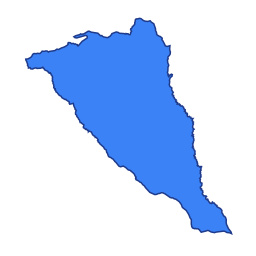 Brezoi, Vâlcea, Romania (Mercator projection), rotated 178°
{"feature_id": "2599482B31107068375666", "entity_name": "Brezoi", "entity_type": "district", "adm_level": 2, "iso_a3": "ROU", "parent_name": "Romania", "parent_adm1": "Vâlcea", "projection": "mercator", "projection_center": [24.205, 45.404], "detail": "fine", "context": "isolated", "style": "filled", "palette": "blue", "viewbox_px": 256, "rotation_deg": 178, "n_neighbors": 0, "source": "geoboundaries", "source_scale": "gbopen_adm2", "svg_char_len": 5740}
<svg xmlns="http://www.w3.org/2000/svg" viewBox="0 0 256 256"><g transform="rotate(178 128 128)"><path d="M211.1,207.8L212.2,206.5L213.5,205.5L216.1,205.8L216.9,205.5L219.5,205.7L220.7,204.9L221.8,202.8L223.0,201.8L225.7,200.5L227.8,200.4L227.6,199.1L226.8,197.8L226.7,196.9L226.0,195.2L226.3,194.2L225.4,192.6L225.4,191.4L223.7,191.7L223.1,190.5L221.2,190.3L219.8,191.0L217.7,191.3L216.9,190.7L213.1,190.8L211.0,191.7L210.6,190.6L209.8,190.4L209.4,189.1L206.3,187.5L205.7,186.9L205.7,186.3L205.1,186.1L204.8,185.5L203.7,185.8L203.6,185.2L202.9,184.5L203.0,183.9L202.3,183.2L201.6,181.6L201.9,180.3L201.7,179.1L202.0,178.3L201.9,177.3L201.3,176.7L201.4,175.2L200.9,174.2L200.7,173.0L200.6,171.9L200.8,170.9L200.1,170.0L199.5,169.8L199.8,169.3L199.4,168.9L199.6,168.5L199.0,168.1L198.7,166.6L197.7,166.0L195.7,163.2L193.8,162.1L193.0,160.6L190.2,158.8L189.0,158.7L188.8,158.2L185.8,156.1L185.9,154.8L185.4,153.8L181.8,154.5L181.3,151.8L180.2,149.2L180.2,148.4L179.1,147.5L179.9,145.6L179.9,143.5L178.8,142.5L178.7,141.2L177.4,139.7L177.1,138.6L176.3,137.8L175.6,135.1L174.5,134.9L173.9,134.1L172.0,132.7L172.1,131.8L172.5,131.1L172.6,129.9L171.1,128.9L170.5,128.1L169.6,128.4L168.6,127.0L167.7,126.9L167.7,125.7L167.1,126.3L164.7,125.2L163.7,122.6L162.5,121.4L161.5,121.0L161.1,119.7L160.5,119.9L159.2,118.7L158.3,117.4L158.3,117.0L158.8,116.6L158.5,116.2L158.4,115.2L157.1,114.3L157.0,113.5L153.0,109.7L152.2,107.9L150.6,106.9L150.1,104.3L149.5,103.5L148.6,100.6L148.0,99.8L146.1,99.0L145.0,98.0L143.9,97.4L143.1,96.1L142.6,95.8L142.4,95.1L141.2,94.0L138.4,90.2L136.9,89.5L134.0,90.1L131.7,88.6L129.2,86.1L127.2,85.5L126.6,85.1L126.4,84.5L125.4,83.9L123.3,81.7L122.6,79.8L121.8,78.8L121.8,77.6L122.1,77.8L122.2,77.1L121.7,76.0L119.4,74.8L117.7,73.3L116.8,73.1L115.1,70.7L113.6,69.6L112.7,67.9L108.4,62.9L103.5,60.5L101.6,60.7L100.1,61.4L98.5,61.5L97.1,62.1L95.7,62.1L93.2,60.8L88.3,57.1L86.9,56.6L85.8,56.7L84.3,55.6L82.7,55.2L79.4,52.6L77.4,49.7L76.4,46.7L72.6,43.5L70.3,39.4L69.0,35.8L67.9,34.2L68.1,29.9L67.7,27.1L66.9,25.8L64.9,25.0L64.2,25.3L63.6,24.9L61.5,24.8L60.3,23.8L58.5,21.3L53.3,22.4L52.5,22.8L50.9,22.6L48.6,21.2L45.2,20.4L43.5,20.9L35.9,21.6L34.8,21.3L32.8,20.1L30.0,19.7L28.2,18.8L28.7,20.6L31.1,23.9L32.9,28.2L33.2,30.2L33.0,32.9L33.6,35.1L34.5,36.3L35.0,36.4L35.7,37.3L36.6,39.4L37.0,39.7L37.2,40.7L37.0,42.1L37.3,42.8L38.4,44.2L41.8,46.2L42.0,46.5L41.8,47.5L43.1,48.1L44.6,50.1L45.7,50.0L46.1,51.1L46.5,50.9L46.7,50.2L47.3,49.6L48.8,50.1L48.9,50.7L49.7,51.3L50.2,52.4L50.9,53.1L50.6,53.7L50.8,54.1L51.1,54.2L51.7,53.7L52.7,54.4L52.8,55.9L52.5,56.4L51.9,56.7L52.3,57.3L55.0,57.7L55.6,59.2L56.1,59.6L55.9,60.4L55.3,61.2L55.7,62.2L55.6,62.8L56.4,63.5L57.0,63.6L56.7,64.7L57.4,64.9L57.8,65.4L57.6,66.1L57.8,66.4L56.3,67.9L56.0,70.3L57.4,70.9L57.8,73.1L57.4,74.3L58.1,75.1L57.2,76.3L56.7,76.6L57.0,77.3L56.7,78.4L57.1,79.7L57.5,80.2L57.0,81.0L57.3,82.5L57.0,83.1L56.5,83.3L56.8,84.0L56.4,84.6L56.5,86.1L55.8,86.6L55.8,86.9L56.6,87.0L57.7,86.5L59.0,87.8L59.8,87.6L60.0,87.8L60.1,88.1L59.7,88.6L59.7,90.1L59.8,90.6L60.2,90.8L60.0,91.7L60.6,92.5L60.6,93.6L61.7,94.9L61.6,95.8L62.5,96.0L62.0,96.9L63.2,98.0L63.1,98.4L62.2,98.8L61.8,99.4L61.9,100.3L62.1,100.5L61.8,102.6L62.6,103.6L63.1,104.8L63.2,105.7L64.1,105.9L64.4,106.5L63.5,107.4L63.9,108.1L63.7,108.8L64.0,110.0L63.2,110.9L63.2,112.1L62.6,113.2L62.6,114.7L63.1,116.1L62.8,117.4L63.3,117.7L64.2,117.7L64.4,118.1L63.0,119.0L63.8,119.6L63.7,120.5L64.0,121.0L63.1,122.3L62.9,124.0L62.0,124.5L63.4,126.1L63.2,128.3L62.5,129.5L62.5,130.0L63.0,130.4L63.1,130.8L62.4,131.6L63.2,132.2L63.2,132.8L63.7,133.4L63.3,133.9L63.4,134.5L62.8,135.2L64.7,135.3L64.8,136.5L65.8,136.8L66.3,137.5L67.6,137.1L68.1,137.5L68.4,138.3L68.2,138.9L68.5,139.3L68.1,139.8L68.2,140.2L68.7,140.9L69.7,140.8L70.0,142.3L71.0,142.6L70.9,143.1L70.2,143.6L70.2,144.3L71.5,145.2L71.4,145.6L71.7,146.2L71.8,146.9L72.3,147.2L72.9,148.1L74.3,148.0L74.7,149.0L75.1,149.4L75.7,149.1L75.9,149.5L75.7,150.1L75.9,150.3L78.0,150.1L77.6,151.6L78.7,151.9L79.0,152.3L78.6,153.1L79.4,153.3L79.0,154.6L80.5,155.6L80.8,157.1L81.6,157.6L81.7,157.9L81.3,159.0L82.7,159.7L82.5,160.7L81.5,162.0L83.1,164.5L82.8,166.4L83.0,166.8L84.6,167.9L85.3,170.0L84.9,171.4L84.7,173.5L85.0,174.1L84.2,176.5L82.0,178.5L82.2,179.3L81.9,179.8L82.8,180.3L83.9,179.6L85.6,178.0L86.2,179.4L85.7,180.2L86.1,180.4L86.7,182.3L86.2,183.5L85.9,187.7L85.4,188.3L85.1,189.4L86.0,191.7L86.2,194.9L85.4,195.7L85.7,196.5L85.5,197.8L84.1,199.1L83.2,200.6L83.0,202.7L83.4,203.7L83.6,205.6L83.2,208.8L86.1,208.1L88.0,208.9L88.2,209.8L90.2,214.0L91.1,215.1L90.7,216.0L90.7,216.6L92.5,218.3L93.4,218.5L95.9,220.2L96.3,222.8L97.0,224.1L97.1,226.5L98.6,231.3L101.0,233.0L102.1,234.4L104.4,233.8L107.4,234.2L109.0,235.0L111.3,236.9L113.0,237.2L113.9,236.8L116.1,236.7L117.0,235.7L117.0,234.5L117.6,233.1L117.6,231.6L119.2,229.7L120.1,229.3L120.3,228.4L120.8,227.6L121.7,227.2L121.7,226.6L122.0,226.0L121.5,225.5L121.1,224.4L122.0,223.5L122.1,222.2L122.7,221.2L123.7,221.3L124.7,222.2L126.0,222.2L126.7,222.5L126.9,222.1L127.5,222.0L128.6,222.5L133.4,223.0L134.3,223.8L136.4,224.4L140.8,222.9L141.3,221.9L142.9,220.2L143.9,219.8L144.7,219.1L145.9,219.1L149.2,219.9L150.3,220.5L150.9,221.3L152.3,221.2L154.8,223.8L161.5,225.1L163.4,226.1L164.4,226.1L169.1,223.5L171.4,223.4L172.2,223.7L173.0,223.0L176.9,222.1L178.9,221.1L177.8,220.1L176.0,219.8L167.2,222.0L166.1,221.6L165.5,220.9L165.5,219.7L166.0,219.2L170.8,216.2L174.8,211.9L175.4,211.9L175.7,213.1L176.5,213.1L177.7,213.9L178.5,213.7L179.8,214.5L181.4,214.2L182.6,215.2L184.4,215.5L185.1,214.9L184.9,213.8L186.0,212.7L188.8,211.2L192.0,210.2L194.6,208.9L196.3,209.3L198.4,207.9L203.8,207.3L205.0,206.7L206.0,207.7L207.3,207.9L209.1,207.5L211.1,207.8Z" fill="#3b82f6" stroke="#1e3a8a" stroke-width="1.5"/></g></svg>